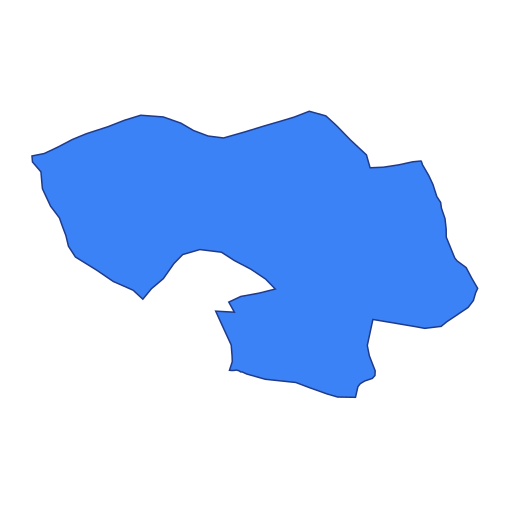 the district of Ika North East, Delta, Nigeria, rotated 268°
{"feature_id": "59680162B56433787774877", "entity_name": "Ika North East", "entity_type": "district", "adm_level": 2, "iso_a3": "NGA", "parent_name": "Nigeria", "parent_adm1": "Delta", "projection": "natural_earth1", "projection_center": [6.281, 6.235], "detail": "fine", "context": "isolated", "style": "filled", "palette": "blue", "viewbox_px": 512, "rotation_deg": 268, "n_neighbors": 0, "source": "geoboundaries", "source_scale": "gbopen_adm2", "svg_char_len": 1602}
<svg xmlns="http://www.w3.org/2000/svg" viewBox="0 0 512 512"><g transform="rotate(268 256 256)"><path d="M272.3,68.9L261.3,75.5L247.6,96.0L235.5,112.5L226.1,132.0L216.8,141.4L227.0,150.4L236.6,162.6L251.3,173.7L260.0,182.8L264.4,200.1L261.0,221.6L255.8,229.1L252.4,233.9L243.0,250.4L232.6,264.8L222.3,274.1L218.8,257.8L216.1,239.4L210.9,227.2L200.6,232.4L202.3,213.8L188.0,219.7L173.7,225.7L168.0,228.1L163.6,228.3L157.2,228.6L151.3,228.6L146.8,227.0L142.7,225.5L142.4,227.6L142.4,230.2L142.7,232.2L141.9,235.0L140.7,236.6L140.6,238.2L138.4,242.6L132.5,260.9L128.2,291.4L122.2,305.7L115.7,322.1L112.2,332.7L111.3,350.5L121.9,353.3L124.8,355.8L127.3,360.3L129.6,368.0L132.4,370.7L137.1,371.1L145.4,368.2L152.3,365.8L162.7,364.1L188.5,370.6L179.9,412.6L177.8,422.1L179.2,438.6L183.5,444.2L197.2,466.2L203.9,471.7L211.5,474.2L215.9,476.4L226.2,470.9L237.1,465.6L241.4,460.2L244.0,456.9L247.0,454.6L268.2,446.8L276.1,447.0L286.7,446.2L297.3,443.0L303.1,442.4L309.0,438.8L321.4,435.3L330.5,431.4L341.5,425.5L344.2,424.8L345.2,424.2L344.7,416.0L342.1,401.7L340.3,386.4L340.2,373.1L353.2,369.9L356.5,366.6L364.6,358.5L368.7,354.4L382.4,342.0L385.4,339.1L393.6,330.7L398.8,314.3L393.5,299.0L390.0,285.8L385.6,268.4L380.4,249.1L375.1,227.7L377.6,212.3L383.6,197.9L391.4,185.6L398.2,168.2L399.0,161.2L400.7,145.7L396.3,129.4L390.2,112.0L390.0,111.2L384.1,90.6L378.8,76.4L371.7,61.6L365.8,47.9L363.8,35.6L357.8,35.9L347.6,44.0L337.5,44.5L330.7,44.9L324.8,47.4L315.9,51.2L313.0,52.4L309.2,55.1L300.9,60.9L294.5,62.9L290.5,64.2L283.2,66.7L272.3,68.9Z" fill="#3b82f6" stroke="#1e3a8a" stroke-width="1.5"/></g></svg>